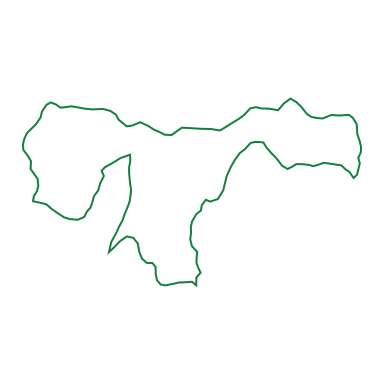 Americano do Brasil, Goiás, Brazil (Natural Earth projection)
{"feature_id": "56859067B95851726668202", "entity_name": "Americano do Brasil", "entity_type": "district", "adm_level": 2, "iso_a3": "BRA", "parent_name": "Brazil", "parent_adm1": "Goiás", "projection": "natural_earth1", "projection_center": [-49.994, -16.275], "detail": "fine", "context": "isolated", "style": "outline", "palette": "green", "viewbox_px": 384, "rotation_deg": 0, "n_neighbors": 0, "source": "geoboundaries", "source_scale": "gbopen_adm2", "svg_char_len": 2092}
<svg xmlns="http://www.w3.org/2000/svg" viewBox="0 0 384 384"><path d="M353.6,178.0L357.0,174.7L359.8,163.4L358.3,157.9L360.9,152.1L361.0,146.9L359.8,141.5L357.3,134.0L356.7,124.0L352.8,117.8L349.0,114.9L338.8,115.5L331.2,115.0L326.8,116.8L322.4,118.5L317.1,118.0L311.5,117.0L306.9,113.9L301.1,106.6L296.5,102.2L290.5,98.6L283.9,103.4L278.1,110.2L269.5,108.7L260.8,108.4L256.0,107.1L250.2,108.4L244.4,114.7L239.4,118.5L220.1,130.5L210.9,129.0L201.0,128.8L188.7,128.0L181.8,127.7L171.6,135.0L164.7,134.7L160.1,132.3L153.7,129.5L148.4,126.0L140.2,122.2L132.2,125.6L126.6,126.3L118.5,119.6L116.0,114.7L110.5,111.0L102.8,108.9L92.8,109.4L85.1,108.7L71.5,106.3L65.1,107.2L60.6,107.7L55.8,104.4L50.9,102.4L46.5,104.8L41.9,111.7L40.7,117.3L35.7,124.6L30.8,129.3L27.0,133.1L24.2,139.1L23.0,144.4L23.3,149.8L27.9,155.8L31.0,161.2L30.6,169.0L34.2,174.0L37.6,178.9L38.3,185.8L37.0,191.1L33.7,196.4L33.1,201.3L41.0,202.9L46.5,204.4L51.6,208.9L58.2,213.5L64.2,217.4L70.2,219.2L78.0,219.7L84.4,216.9L86.9,211.5L90.4,207.8L92.3,202.4L93.9,196.3L98.1,190.6L100.1,183.6L103.9,176.0L101.6,170.7L105.0,167.2L112.9,162.8L120.4,158.1L130.0,154.7L130.3,161.2L129.1,167.5L129.1,173.0L130.0,182.6L131.1,190.3L129.8,200.8L128.2,205.5L124.7,214.1L122.3,220.8L119.0,226.8L116.0,233.5L111.2,242.1L109.0,252.1L114.2,247.3L120.3,240.9L126.9,236.5L133.3,237.8L137.8,243.5L139.3,251.8L141.9,258.6L146.8,262.9L152.4,263.0L155.6,266.9L155.7,273.7L157.0,280.2L160.6,284.5L165.2,285.4L172.3,284.0L179.1,282.5L184.5,282.3L192.2,281.8L196.2,285.3L196.4,277.5L200.6,272.7L198.2,267.7L196.4,262.5L197.1,251.8L192.0,246.3L190.2,239.5L191.1,232.3L190.8,227.3L192.0,221.6L196.4,214.1L201.0,210.4L201.7,205.4L205.8,199.8L210.3,201.6L217.9,199.0L223.2,190.4L226.7,176.1L231.2,166.2L235.2,159.4L239.8,153.1L244.8,149.3L250.6,143.0L254.7,142.0L259.3,142.0L263.5,142.6L266.3,147.4L271.9,153.7L276.3,158.1L282.1,165.7L287.6,169.0L292.5,166.5L296.3,164.1L302.7,164.2L308.9,164.9L313.3,166.2L318.4,164.7L323.7,162.8L328.2,163.4L334.7,164.4L341.5,165.4L345.4,169.3L349.4,171.9L353.6,178.0Z" fill="none" stroke="#15803d" stroke-width="2"/></svg>